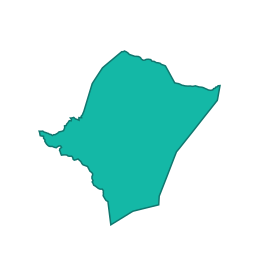 outline of Iraquara, Bahia, Brazil, rotated 126°
{"feature_id": "56859067B68644290328540", "entity_name": "Iraquara", "entity_type": "district", "adm_level": 2, "iso_a3": "BRA", "parent_name": "Brazil", "parent_adm1": "Bahia", "projection": "natural_earth1", "projection_center": [-41.56, -12.26], "detail": "fine", "context": "isolated", "style": "filled", "palette": "teal", "viewbox_px": 256, "rotation_deg": 126, "n_neighbors": 0, "source": "geoboundaries", "source_scale": "gbopen_adm2", "svg_char_len": 2282}
<svg xmlns="http://www.w3.org/2000/svg" viewBox="0 0 256 256"><g transform="rotate(126 128 128)"><path d="M216.4,85.0L194.0,75.8L192.3,75.0L184.3,68.3L172.1,58.0L164.8,62.7L144.8,67.9L123.8,73.5L118.8,74.8L114.1,74.5L91.1,73.5L74.6,72.9L53.3,72.0L52.2,72.4L39.6,78.5L40.9,79.9L42.4,80.1L43.3,81.0L44.9,81.0L45.8,81.9L47.3,81.8L48.9,83.2L50.0,85.3L50.3,87.1L50.7,88.8L51.0,90.6L51.5,92.0L52.3,93.4L53.1,94.8L53.7,96.6L54.3,98.3L55.5,99.3L56.6,100.5L57.4,102.3L58.5,103.6L59.3,104.8L60.4,106.6L61.1,108.4L61.7,109.6L61.9,111.2L62.4,113.2L63.2,114.8L64.0,116.8L55.8,134.2L56.1,135.7L56.5,137.0L56.9,138.3L56.8,140.1L57.5,141.8L58.5,143.6L58.7,145.9L59.9,147.9L59.3,149.8L60.5,152.1L61.8,153.6L63.2,154.3L64.3,155.6L64.4,157.7L63.7,159.3L64.0,161.5L65.0,163.2L66.0,164.6L66.6,166.6L67.2,168.5L67.7,170.2L67.3,172.2L67.4,174.2L67.8,176.1L69.0,176.7L69.9,177.9L73.8,178.9L89.7,182.9L91.3,183.3L94.4,184.0L110.6,183.2L113.2,183.0L140.5,173.5L144.4,172.6L146.2,172.8L146.9,171.6L147.7,172.5L148.4,173.8L149.5,173.1L150.5,172.2L151.0,174.3L151.6,176.0L151.3,178.1L152.8,179.2L153.8,180.4L154.3,178.8L155.6,178.2L156.6,179.8L159.1,179.7L161.0,179.9L162.2,179.4L163.6,180.6L165.0,179.4L166.6,178.9L168.0,178.6L169.5,179.5L171.0,180.9L172.1,181.7L173.5,181.8L174.9,182.5L176.2,183.0L177.1,184.2L178.6,184.8L178.5,186.6L179.2,187.7L179.2,189.2L179.7,190.4L180.0,191.8L180.6,193.3L180.6,195.1L181.9,196.6L182.8,198.0L183.8,196.6L184.8,195.6L185.8,194.5L185.3,193.2L184.3,191.5L186.0,190.2L186.3,188.3L187.6,187.5L188.4,185.7L188.9,184.4L189.2,182.3L189.1,181.0L188.3,179.6L187.4,178.5L187.1,177.0L186.7,175.7L186.1,174.4L184.5,174.0L183.2,173.4L182.1,172.0L182.7,170.4L184.9,170.9L186.3,170.3L187.0,168.9L188.0,167.7L189.1,165.9L187.7,164.4L186.7,163.1L185.8,161.6L185.9,160.0L185.2,158.7L183.9,157.0L184.3,155.4L185.5,154.1L185.6,152.6L184.2,151.4L182.4,150.3L182.7,148.2L182.8,146.6L183.9,144.3L184.2,142.7L183.6,140.6L182.9,138.1L183.7,136.6L184.4,135.2L185.3,133.4L185.3,131.8L185.6,130.0L186.9,128.9L188.3,128.7L189.9,127.6L191.2,125.3L192.7,125.3L193.3,123.8L194.4,122.2L194.2,120.1L194.3,116.5L193.9,114.7L192.6,112.9L193.2,111.0L194.5,110.3L195.7,109.2L197.4,108.3L198.2,106.5L198.8,105.2L199.5,103.2L199.3,101.0L216.4,85.0Z" fill="#14b8a6" stroke="#0f766e" stroke-width="1.5"/></g></svg>